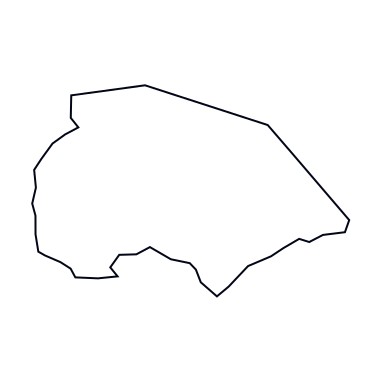 Venha-Ver, Rio Grande do Norte, Brazil, rotated 6°
{"feature_id": "56859067B44091941212152", "entity_name": "Venha-Ver", "entity_type": "district", "adm_level": 2, "iso_a3": "BRA", "parent_name": "Brazil", "parent_adm1": "Rio Grande do Norte", "projection": "robinson", "projection_center": [-38.535, -6.321], "detail": "fine", "context": "isolated", "style": "outline", "palette": "ink", "viewbox_px": 384, "rotation_deg": 6, "n_neighbors": 0, "source": "geoboundaries", "source_scale": "gbopen_adm2", "svg_char_len": 626}
<svg xmlns="http://www.w3.org/2000/svg" viewBox="0 0 384 384"><g transform="rotate(6 192 192)"><path d="M84.9,289.1L107.5,287.7L126.8,283.7L118.6,275.5L126.2,262.1L143.2,259.8L155.9,251.2L178.0,261.1L197.2,263.0L204.0,268.8L210.2,280.9L227.7,293.2L238.3,282.3L255.5,259.8L277.3,247.7L288.8,238.2L303.5,227.4L313.8,229.5L326.7,221.0L348.3,216.0L351.3,203.5L288.5,144.0L260.3,117.5L134.1,90.8L61.8,108.5L63.7,131.0L72.2,139.6L59.8,148.0L48.2,158.4L38.8,174.7L32.7,186.5L36.3,204.0L34.3,220.2L38.8,231.9L40.8,250.4L45.4,267.4L52.5,270.5L68.5,275.5L79.3,280.9L84.9,289.1Z" fill="none" stroke="#020617" stroke-width="2"/></g></svg>